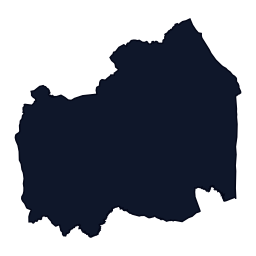 Nam Som, Udon Thani, Thailand (Natural Earth projection)
{"feature_id": "78962969B77162965817779", "entity_name": "Nam Som", "entity_type": "district", "adm_level": 2, "iso_a3": "THA", "parent_name": "Thailand", "parent_adm1": "Udon Thani", "projection": "natural_earth1", "projection_center": [102.167, 17.759], "detail": "fine", "context": "isolated", "style": "filled", "palette": "ink", "viewbox_px": 256, "rotation_deg": 0, "n_neighbors": 0, "source": "geoboundaries", "source_scale": "gbopen_adm2", "svg_char_len": 5778}
<svg xmlns="http://www.w3.org/2000/svg" viewBox="0 0 256 256"><path d="M189.9,19.0L186.2,20.8L182.6,21.7L180.0,23.5L179.7,24.3L179.0,24.8L177.3,23.7L175.2,24.5L175.2,24.8L175.7,24.9L175.5,25.4L172.9,27.5L172.7,28.3L171.6,29.7L170.8,29.6L170.6,30.1L168.8,31.0L168.0,32.1L168.5,32.5L168.1,32.9L166.7,33.3L166.4,34.1L165.6,33.9L165.0,34.4L165.5,35.6L164.8,37.0L165.0,38.5L164.2,39.8L163.6,39.9L163.2,40.3L163.0,42.7L162.3,43.4L158.2,43.3L157.5,42.0L156.0,41.4L153.7,42.7L153.3,41.6L152.2,41.7L151.9,42.9L151.0,44.0L148.9,44.1L147.9,43.3L147.6,42.4L146.7,41.6L144.6,42.5L143.1,42.4L142.3,42.3L139.3,40.4L136.9,40.8L135.9,40.3L133.6,40.2L131.5,40.6L130.7,41.2L129.4,43.1L127.8,43.2L126.8,44.4L126.8,45.8L126.1,46.4L123.8,44.8L119.0,47.4L115.6,51.8L113.7,52.3L112.9,54.8L112.2,55.1L110.1,57.5L111.8,60.5L114.7,62.9L115.3,64.4L115.7,67.0L118.3,69.0L118.3,70.0L117.6,71.0L116.3,71.6L115.7,72.5L114.4,73.1L114.2,75.1L110.8,75.1L110.6,75.8L107.2,78.5L105.9,79.9L104.8,80.2L102.0,79.7L100.5,80.8L99.9,82.2L99.5,86.1L97.1,87.2L96.7,87.8L96.3,90.3L96.9,93.7L96.7,94.3L82.7,95.8L74.6,98.5L71.9,100.2L70.3,100.4L68.0,100.0L64.8,97.5L61.0,95.3L56.5,96.7L54.8,96.7L54.2,97.3L53.6,96.5L53.4,96.8L53.1,96.5L53.2,97.2L51.9,97.2L51.7,96.1L51.4,96.4L50.6,95.5L50.0,96.1L48.5,94.4L49.2,93.6L49.1,93.0L49.8,92.8L49.6,92.1L49.0,91.6L49.1,90.3L48.6,90.0L47.9,88.8L47.2,88.7L45.5,86.8L44.2,86.5L43.2,85.7L39.7,86.5L34.3,90.8L31.2,91.4L31.6,92.9L31.7,95.4L33.2,97.1L35.5,98.6L36.0,101.0L34.6,101.5L34.1,103.1L32.0,105.3L24.9,104.4L24.3,104.7L24.6,106.2L23.2,107.7L23.2,109.8L23.6,111.3L23.0,112.1L24.2,113.0L24.2,113.5L22.6,115.7L22.2,118.6L20.4,121.0L20.2,123.5L19.6,125.6L19.9,130.8L19.7,131.7L19.0,132.7L16.1,134.6L15.6,135.9L15.4,137.7L16.0,140.4L18.1,145.3L19.3,151.6L19.5,160.1L21.3,163.8L22.1,169.5L23.3,172.4L23.7,174.4L24.2,178.7L23.5,183.7L24.1,187.8L24.0,191.3L23.4,194.1L21.9,196.8L21.8,198.9L22.7,200.9L24.8,203.4L26.8,207.8L28.0,208.5L30.6,209.4L31.2,210.0L31.2,210.5L30.0,213.1L29.0,216.7L29.1,221.8L31.8,221.7L32.8,222.8L33.5,222.9L35.3,220.7L36.1,221.1L37.0,221.1L38.0,219.3L38.9,219.0L40.8,219.4L41.4,218.9L41.4,217.9L41.9,216.6L42.6,215.9L44.7,215.8L45.8,216.4L47.4,216.0L48.7,218.2L51.4,221.2L52.0,222.9L55.4,225.8L55.8,226.0L58.4,224.9L59.7,225.2L60.2,227.7L60.6,228.4L60.7,229.9L61.2,230.9L62.5,231.9L62.7,234.2L63.5,235.6L65.6,235.8L66.5,233.3L67.0,233.1L67.8,233.4L68.4,232.6L69.1,232.4L69.5,231.2L69.4,230.1L70.5,229.8L71.3,228.8L72.4,228.6L73.1,227.4L74.3,227.4L75.1,225.8L76.7,225.6L76.7,225.0L77.2,224.8L78.4,225.2L78.4,224.8L79.2,224.4L80.2,225.3L79.5,226.8L79.8,227.3L79.2,227.8L79.1,228.5L80.7,228.3L81.8,229.5L82.0,230.7L82.7,231.1L83.1,232.1L84.1,232.2L84.6,231.7L84.8,232.2L85.0,232.3L85.1,232.0L85.4,232.6L85.1,233.0L86.5,233.5L86.7,234.1L87.3,233.9L87.6,234.2L87.8,233.9L88.4,233.9L88.6,234.3L88.3,234.4L88.4,234.6L89.0,234.2L89.2,234.9L88.9,235.9L90.2,237.0L91.0,236.4L91.3,236.9L92.2,236.5L92.4,235.9L93.1,236.1L93.6,235.3L94.5,235.6L96.0,234.7L96.2,235.0L97.4,234.4L97.4,233.8L98.0,233.9L98.1,232.5L98.7,232.0L98.1,231.8L98.2,231.4L99.1,231.0L99.1,230.3L100.2,230.1L100.0,229.3L99.4,229.0L100.2,228.3L99.7,227.9L100.5,226.9L99.5,226.0L99.6,224.9L99.4,224.5L100.5,224.0L101.0,224.4L101.8,223.8L102.6,224.0L103.2,223.1L103.6,223.3L104.5,222.8L104.3,222.3L105.0,221.6L104.4,221.3L103.9,220.2L104.4,220.4L104.5,219.2L105.1,219.2L105.0,218.6L105.2,218.9L105.8,218.9L105.8,218.6L106.6,217.6L106.4,216.7L106.9,215.7L107.4,215.6L107.5,215.0L107.0,214.9L107.1,214.4L107.6,214.0L108.3,214.0L109.1,211.9L109.5,212.5L109.9,211.8L110.7,211.9L110.5,211.0L111.1,211.2L111.1,210.9L111.6,210.6L112.2,210.7L112.3,209.0L111.9,209.2L111.9,208.4L113.8,208.0L114.9,207.2L116.8,206.9L118.2,206.2L119.3,206.4L120.1,207.7L120.5,207.6L120.5,208.8L122.6,208.2L122.4,208.8L123.3,209.5L123.5,210.2L124.4,210.5L124.9,210.0L125.5,210.4L125.8,210.1L126.9,210.8L127.2,210.2L128.2,211.8L130.1,213.2L130.9,213.0L132.2,214.0L139.3,215.9L140.9,215.4L144.5,215.3L148.5,217.5L149.7,217.6L153.6,216.6L153.8,216.2L154.7,215.9L157.1,217.6L159.3,218.4L160.1,218.3L160.1,218.8L160.9,219.4L161.1,218.9L161.7,219.1L161.6,218.6L162.0,218.5L166.6,221.1L169.0,220.4L170.4,220.4L170.6,220.0L173.4,220.7L174.1,220.2L175.6,220.3L182.1,221.5L188.5,217.5L192.1,216.2L196.2,212.6L199.1,211.7L200.0,211.1L194.9,197.0L194.5,192.0L194.9,187.9L196.4,188.0L197.8,187.0L201.3,187.8L201.9,187.3L201.9,188.4L203.2,188.6L203.7,189.1L204.6,188.7L205.0,189.4L205.6,189.5L206.5,190.9L207.3,190.5L208.2,191.5L208.8,190.7L209.3,191.0L209.9,189.2L209.6,189.0L209.9,188.9L209.6,188.6L210.1,188.4L210.1,187.8L210.5,187.6L210.2,186.8L211.1,186.1L211.7,186.4L212.5,185.6L213.0,185.9L212.9,186.5L213.9,186.3L213.9,187.0L213.5,187.1L214.7,188.0L214.9,188.7L214.6,189.1L215.3,189.2L215.3,189.6L216.1,189.2L216.6,189.8L217.0,189.6L217.8,190.1L217.8,190.7L218.3,190.4L218.3,190.9L218.5,190.7L218.8,191.0L218.9,190.5L219.0,191.0L219.5,190.8L220.2,192.5L220.9,192.9L220.9,193.4L221.3,193.1L221.5,193.7L221.9,193.1L222.1,193.9L221.6,194.0L222.2,194.1L222.1,194.5L222.4,194.6L222.1,195.0L223.7,194.5L223.2,195.3L223.2,196.1L223.6,195.9L223.4,196.4L222.9,196.6L222.5,196.0L222.3,196.4L222.7,197.7L223.3,197.4L223.2,198.5L223.8,198.5L223.5,199.1L223.8,200.5L224.3,200.4L224.1,200.8L224.5,201.0L226.1,200.6L235.5,196.9L235.7,198.9L235.2,188.1L235.6,171.0L235.2,165.7L236.0,154.6L235.4,146.7L236.7,137.1L237.0,124.1L236.4,116.9L236.6,114.6L236.3,111.8L236.4,108.8L235.5,97.0L236.1,95.3L237.5,94.9L237.9,94.1L239.2,93.8L240.6,92.8L240.5,91.4L238.8,87.7L238.8,86.1L238.1,84.0L236.4,81.6L236.3,78.6L235.9,77.8L234.5,76.3L232.4,75.0L230.1,72.1L227.4,70.1L225.8,68.4L222.6,66.6L221.2,65.4L215.7,60.0L210.9,53.4L209.0,49.6L201.8,38.1L201.2,36.0L201.2,33.5L198.3,33.0L195.6,29.9L192.4,25.0L189.9,19.0Z" fill="#0f172a" stroke="#020617" stroke-width="1.5"/></svg>